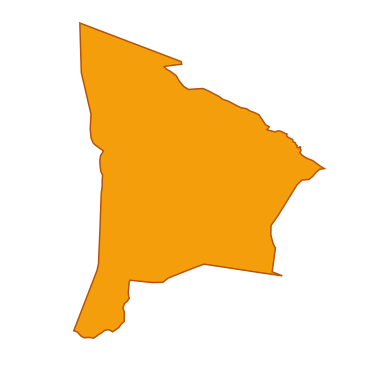 San Juan Diuxi, Oaxaca, Mexico, rotated 6°
{"feature_id": "50627088B33658307136854", "entity_name": "San Juan Diuxi", "entity_type": "district", "adm_level": 2, "iso_a3": "MEX", "parent_name": "Mexico", "parent_adm1": "Oaxaca", "projection": "albers", "projection_center": [-97.381, 17.274], "detail": "fine", "context": "isolated", "style": "filled", "palette": "amber", "viewbox_px": 384, "rotation_deg": 6, "n_neighbors": 0, "source": "geoboundaries", "source_scale": "gbopen_adm2", "svg_char_len": 1836}
<svg xmlns="http://www.w3.org/2000/svg" viewBox="0 0 384 384"><g transform="rotate(6 192 192)"><path d="M83.4,125.1L84.2,140.3L86.1,149.1L88.6,153.6L90.9,155.4L99.6,160.4L97.3,165.3L97.0,169.6L97.7,174.7L99.1,180.9L101.3,184.5L101.5,190.2L102.1,195.4L101.9,202.6L102.0,204.4L104.4,239.2L106.5,273.3L105.7,280.1L104.1,286.1L88.9,342.4L90.9,342.7L93.1,343.7L96.7,346.9L100.5,348.3L103.5,347.5L106.7,347.4L109.2,347.7L112.7,344.9L114.1,343.4L116.2,342.0L119.9,338.6L123.7,337.6L127.8,339.3L133.4,334.4L135.5,330.6L138.1,327.9L137.2,318.3L135.4,314.5L136.5,309.9L138.9,307.5L140.7,304.3L139.6,301.2L139.1,297.8L139.1,294.2L138.9,289.0L139.5,286.2L161.7,286.2L172.4,284.9L177.3,280.1L188.5,274.2L200.5,267.9L211.4,262.5L234.7,263.5L268.3,265.1L290.5,265.9L280.1,263.0L280.8,239.0L278.5,235.7L276.7,231.4L274.8,226.0L274.5,221.5L274.1,217.1L279.8,206.8L295.7,173.9L300.0,168.7L306.9,167.3L310.1,164.3L313.4,159.4L316.7,156.0L321.2,154.9L317.1,153.0L313.1,150.7L308.6,148.1L302.2,146.3L297.9,144.1L294.9,141.5L295.4,140.9L296.0,139.7L295.8,138.5L295.0,137.9L295.2,136.7L295.3,135.9L294.6,135.8L293.1,136.8L291.9,136.8L291.6,135.9L291.7,134.8L290.4,133.9L289.5,132.1L288.5,131.8L287.8,131.8L287.3,131.4L286.7,129.5L286.0,128.9L284.8,128.8L283.9,128.3L282.8,127.9L281.8,127.5L280.9,127.0L280.4,126.5L280.3,126.4L280.4,126.1L280.5,125.0L280.2,124.2L278.6,124.1L277.4,123.6L276.8,123.3L274.1,122.4L272.7,122.1L270.6,122.3L268.7,123.6L260.0,122.3L262.0,119.1L258.0,117.3L254.4,112.9L250.4,108.1L245.4,106.4L241.3,105.4L237.4,103.4L232.2,103.1L228.5,101.9L223.2,99.7L218.4,97.8L213.1,96.7L209.2,94.3L202.1,91.5L197.8,89.8L192.1,87.9L183.3,89.4L177.7,90.4L172.5,87.7L167.8,83.1L164.0,77.9L158.2,74.5L153.4,72.3L151.3,70.3L154.0,69.3L168.4,66.0L167.7,63.5L62.8,35.7L69.4,84.7L83.4,125.1Z" fill="#f59e0b" stroke="#b45309" stroke-width="1.5"/></g></svg>